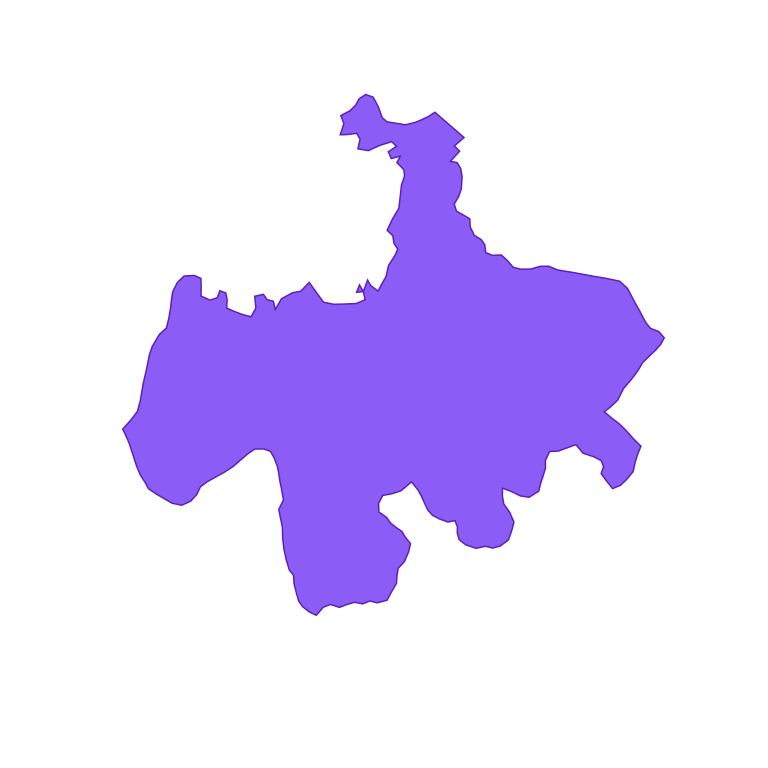 outline of Guaramirim, Santa Catarina, Brazil, rotated 229°
{"feature_id": "56859067B39678699767492", "entity_name": "Guaramirim", "entity_type": "district", "adm_level": 2, "iso_a3": "BRA", "parent_name": "Brazil", "parent_adm1": "Santa Catarina", "projection": "robinson", "projection_center": [-48.939, -26.473], "detail": "fine", "context": "isolated", "style": "filled", "palette": "violet", "viewbox_px": 768, "rotation_deg": 229, "n_neighbors": 0, "source": "geoboundaries", "source_scale": "gbopen_adm2", "svg_char_len": 3484}
<svg xmlns="http://www.w3.org/2000/svg" viewBox="0 0 768 768"><g transform="rotate(229 384 384)"><path d="M467.3,429.0L460.0,425.1L462.9,415.9L470.3,406.6L477.1,398.4L485.4,392.0L497.0,393.0L509.8,394.2L508.6,382.2L512.9,374.8L515.6,362.6L511.6,350.9L519.1,354.8L524.3,351.1L530.8,351.8L535.0,344.0L525.4,337.1L522.0,327.8L529.7,322.5L538.0,318.1L544.6,315.1L550.6,321.0L556.5,324.3L562.1,321.3L558.5,314.7L561.4,307.8L570.4,303.6L577.6,310.0L583.8,315.1L590.3,312.1L596.7,303.9L596.2,294.7L592.2,284.9L586.3,278.1L581.6,273.0L574.9,264.9L569.0,256.5L568.8,246.9L564.4,233.8L560.1,226.3L555.3,220.1L549.8,212.9L545.9,207.5L542.0,202.1L536.1,195.0L531.4,189.3L525.1,179.9L522.8,168.8L521.4,157.2L514.6,155.4L507.0,153.0L497.7,149.1L489.1,145.4L483.2,143.0L474.8,140.3L465.6,139.0L459.7,137.5L450.8,139.8L442.9,142.5L433.3,145.7L425.2,151.8L422.4,161.2L423.4,170.0L426.9,178.1L426.2,186.6L424.0,197.1L422.2,205.5L420.7,215.9L420.7,226.4L420.7,235.3L419.7,243.7L414.0,250.6L407.7,254.1L400.2,252.6L391.6,249.4L385.7,246.0L379.0,241.7L373.4,238.6L362.5,232.1L358.3,222.2L349.2,217.1L342.4,213.2L334.4,206.6L325.4,200.4L315.9,195.1L305.7,190.5L298.8,190.2L292.8,185.4L284.6,181.2L276.2,177.2L269.3,176.5L260.8,178.1L253.8,181.2L255.4,191.5L252.8,198.9L244.6,203.9L242.0,211.2L238.6,218.6L232.1,223.6L229.4,231.1L223.3,235.3L218.8,244.5L222.2,253.3L225.4,262.7L230.9,268.1L235.6,273.8L236.6,283.1L241.2,292.4L246.1,299.3L254.7,299.6L260.8,300.8L267.0,299.2L274.6,297.7L281.7,298.4L290.8,296.2L297.5,301.6L300.7,310.0L295.8,318.3L292.2,327.0L292.1,340.5L281.9,340.2L275.0,338.7L268.7,336.8L260.4,334.4L253.2,334.4L245.6,337.4L237.9,341.7L234.3,347.9L228.1,345.7L223.3,341.4L217.2,338.6L208.9,340.2L199.6,345.7L195.0,354.1L189.0,358.3L185.4,365.4L184.7,375.7L190.1,385.1L194.6,391.5L204.9,394.7L214.9,395.7L221.8,399.9L227.7,405.1L219.1,409.7L210.0,413.5L203.3,419.3L201.6,430.5L206.0,436.6L210.2,443.7L214.5,450.6L220.4,455.6L224.4,464.7L219.1,471.4L215.9,479.8L212.3,489.1L201.2,488.8L191.7,494.5L183.8,497.7L177.5,495.4L173.9,489.1L166.2,488.4L155.1,487.9L152.4,496.0L152.7,503.8L154.4,514.5L160.4,522.6L164.3,528.8L168.5,537.1L179.2,536.3L189.8,536.2L199.7,535.4L209.0,533.5L218.5,532.0L218.1,539.8L218.5,549.7L223.4,561.7L225.1,573.3L227.5,584.4L230.5,593.3L231.0,602.2L231.4,611.1L232.4,618.9L235.0,625.8L243.2,625.8L251.2,621.6L258.4,621.9L265.3,623.4L271.4,624.9L277.6,626.1L286.2,628.1L296.5,630.5L307.0,629.3L319.3,619.9L327.2,613.3L333.4,608.4L339.7,603.4L346.0,598.3L351.3,593.8L356.6,589.6L364.8,585.6L370.4,579.0L374.4,570.2L381.0,562.5L387.2,558.1L396.9,558.1L404.5,557.1L409.7,550.5L416.3,547.0L423.0,551.4L429.2,552.1L436.9,549.7L445.8,552.0L452.4,557.1L459.6,554.7L466.9,552.1L473.8,555.1L476.4,563.2L480.4,570.2L489.3,579.0L496.6,583.4L503.2,584.4L508.5,580.2L510.1,593.8L517.5,593.3L517.5,606.1L555.7,600.7L556.7,593.0L558.7,585.9L561.0,579.0L565.6,570.2L573.0,564.0L579.9,558.3L586.1,557.4L597.4,561.7L607.7,564.0L614.5,560.1L615.6,552.4L613.0,545.5L612.6,537.4L614.9,527.5L606.9,524.6L600.8,514.5L596.6,519.6L591.1,527.8L584.5,526.6L578.6,518.6L570.4,525.3L567.0,536.9L562.0,548.7L555.2,549.4L556.4,539.6L549.4,537.4L545.3,545.8L542.6,539.0L532.7,539.6L527.4,535.9L522.8,527.8L516.7,521.3L506.9,510.5L502.9,498.4L497.9,487.2L490.1,487.9L483.4,483.7L476.8,482.9L473.9,476.8L470.5,465.2L463.7,455.9L460.6,447.0L458.0,440.5L466.9,438.6L473.2,439.8L467.3,429.0ZM467.3,429.0L474.8,430.5L471.2,423.5L467.3,429.0Z" fill="#8b5cf6" stroke="#5b21b6" stroke-width="1.5"/></g></svg>